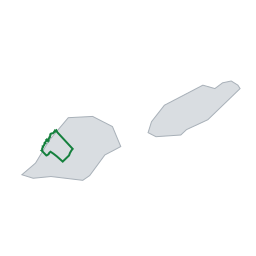 location of Gagaifomauga III, Gaga'ifomauga, Samoa, rotated 316°
{"feature_id": "51752279B86884772728329", "entity_name": "Gagaifomauga III", "entity_type": "district", "adm_level": 2, "iso_a3": "WSM", "parent_name": "Samoa", "parent_adm1": "Gaga'ifomauga", "projection": "albers", "projection_center": [-172.519, -13.545], "detail": "fine", "context": "in_parent", "style": "outline", "palette": "green", "viewbox_px": 256, "rotation_deg": 316, "n_neighbors": 0, "source": "geoboundaries", "source_scale": "gbopen_adm2", "svg_char_len": 2346}
<svg xmlns="http://www.w3.org/2000/svg" viewBox="0 0 256 256"><g transform="rotate(316 128 128)"><path d="M92.2,79.1L110.6,95.1L117.8,116.2L109.9,136.3L92.6,131.3L67.4,135.6L59.1,134.2L38.9,109.4L24.9,98.3L19.2,87.9L37.1,89.0L63.1,82.1L92.2,79.1ZM236.0,177.5L191.2,177.5L169.0,169.8L161.1,169.7L142.1,153.7L139.2,145.3L149.3,139.8L170.0,136.9L211.6,149.2L217.9,160.0L227.4,161.2L234.9,165.9L236.8,173.5L236.0,177.5Z" fill="#d9dde1" stroke="#a8b0b8" stroke-width="1"/><path d="M74.9,79.7L74.5,79.6L74.3,79.6L74.1,79.6L73.9,79.6L73.6,79.8L73.4,79.9L73.2,79.9L73.2,79.7L73.1,79.8L73.0,79.7L72.9,79.7L72.7,79.7L72.6,79.4L72.4,79.3L72.2,79.4L71.9,79.5L71.7,79.7L71.4,79.7L71.1,79.7L70.8,79.7L70.7,79.7L70.4,79.6L70.2,79.6L70.1,79.4L69.9,79.3L69.7,79.2L69.4,79.0L69.3,78.9L69.2,78.9L69.1,78.7L68.9,78.6L68.7,78.6L68.4,78.6L68.2,78.5L67.9,78.5L67.7,78.6L67.6,78.8L67.4,78.9L67.4,79.0L67.2,79.3L67.0,79.5L66.9,79.6L66.6,79.7L66.4,79.7L66.2,79.7L65.8,79.7L65.7,79.8L65.5,80.0L65.4,80.2L65.4,80.3L65.2,80.3L64.9,80.4L64.7,80.4L64.4,80.4L64.2,80.4L63.9,80.4L63.9,80.5L63.7,80.5L63.3,80.9L63.1,81.0L62.9,81.1L62.7,81.2L62.4,81.2L62.2,81.1L62.0,80.9L61.9,80.9L61.9,81.0L61.8,80.9L61.8,81.0L61.6,80.9L61.6,81.0L61.6,80.9L61.5,81.0L61.5,80.9L61.4,80.9L61.3,81.0L61.3,80.9L61.2,81.0L61.1,80.9L61.1,81.0L61.0,80.9L60.9,80.9L60.7,80.8L60.5,80.7L60.4,80.7L60.2,80.6L59.9,80.5L59.7,80.5L59.4,80.6L59.2,80.7L59.0,80.8L58.9,80.8L58.7,80.8L58.4,80.8L58.2,80.8L57.9,80.8L57.7,80.9L57.7,81.0L57.6,80.9L57.5,81.0L57.4,81.0L57.2,81.2L57.2,81.3L56.9,81.4L56.9,81.5L56.7,81.5L56.4,81.7L56.4,81.8L56.2,81.9L56.0,82.0L55.9,82.0L55.7,82.0L55.3,82.0L55.1,82.1L54.9,82.2L54.7,82.2L54.4,82.3L54.2,82.3L53.9,82.5L53.7,82.6L53.4,82.7L53.3,82.8L53.2,82.8L53.2,82.7L53.1,82.8L52.9,82.9L52.7,82.9L52.6,83.0L52.4,83.0L52.2,83.1L51.9,83.2L51.8,83.3L51.7,83.4L51.6,83.5L51.4,83.7L51.4,83.8L51.2,84.0L50.8,84.2L50.8,84.3L50.7,84.3L50.4,84.4L50.2,84.3L50.2,90.8L50.3,90.8L50.4,91.0L50.5,91.2L50.7,91.3L50.8,91.3L51.0,91.3L51.3,91.4L51.5,91.4L51.7,91.5L51.8,91.5L52.2,91.6L52.3,91.6L52.8,91.6L53.0,91.6L53.3,91.4L53.5,91.4L54.0,91.2L54.6,91.2L55.1,91.2L55.3,91.2L55.6,91.3L55.8,91.3L56.5,94.7L57.1,98.9L57.7,106.8L58.9,106.8L60.5,106.8L62.5,106.8L64.9,106.8L65.5,106.8L66.5,106.8L69.0,105.6L71.9,104.8L73.7,104.6L74.2,81.9L74.9,79.7Z" fill="none" stroke="#15803d" stroke-width="2"/></g></svg>